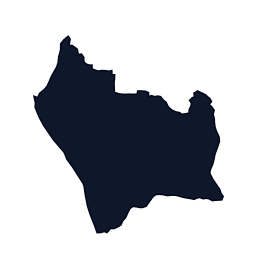 the district of Orindiúva, São Paulo, Brazil, rotated 171°
{"feature_id": "56859067B43137083464707", "entity_name": "Orindiúva", "entity_type": "district", "adm_level": 2, "iso_a3": "BRA", "parent_name": "Brazil", "parent_adm1": "São Paulo", "projection": "robinson", "projection_center": [-49.369, -20.214], "detail": "fine", "context": "isolated", "style": "filled", "palette": "ink", "viewbox_px": 256, "rotation_deg": 171, "n_neighbors": 0, "source": "geoboundaries", "source_scale": "gbopen_adm2", "svg_char_len": 1929}
<svg xmlns="http://www.w3.org/2000/svg" viewBox="0 0 256 256"><g transform="rotate(171 128 128)"><path d="M211.0,143.8L203.5,128.0L195.0,114.1L194.0,110.4L193.3,106.8L188.9,98.3L181.1,80.5L180.5,77.6L180.6,68.8L180.2,57.3L179.3,51.1L178.4,46.3L176.4,37.6L174.9,29.4L171.0,29.0L167.5,29.5L165.3,28.0L163.2,29.5L160.9,31.6L157.7,30.8L154.3,31.7L150.1,33.4L147.7,37.2L144.4,39.8L141.3,44.6L138.6,48.2L135.3,49.8L131.6,48.7L129.0,47.7L126.1,47.2L122.3,47.9L119.6,50.7L116.6,53.7L114.5,55.9L111.3,57.8L108.3,57.7L104.3,56.9L99.9,55.1L95.0,54.8L91.2,54.0L88.1,52.7L84.5,51.0L80.3,49.5L76.5,48.3L74.0,47.2L71.2,47.9L68.3,48.3L64.7,46.3L62.0,46.4L59.4,45.6L56.1,43.1L52.5,42.9L46.6,42.3L44.7,45.6L46.4,49.0L47.0,53.1L48.8,56.7L52.4,64.5L54.3,70.5L53.4,73.5L49.9,79.2L48.0,83.5L47.0,86.5L45.9,89.1L44.1,92.4L42.0,96.1L39.7,100.7L39.5,105.2L41.2,110.9L41.9,115.4L41.8,120.0L41.3,123.9L41.8,128.3L40.1,132.1L41.8,135.5L44.1,138.7L41.4,141.0L42.5,144.3L44.3,146.2L46.2,148.7L49.2,150.7L53.5,153.7L57.5,152.0L57.4,148.5L59.9,147.8L62.9,145.7L61.5,142.7L62.4,139.7L64.6,136.8L65.5,133.1L69.5,133.1L72.7,133.1L74.6,135.1L78.3,136.5L82.0,139.0L85.0,142.8L86.4,147.6L88.9,150.2L90.8,153.8L93.2,154.8L97.0,154.9L99.9,156.4L102.8,155.6L102.2,159.7L104.9,161.5L108.9,162.5L112.6,163.1L113.7,160.0L117.7,160.5L121.9,161.3L126.3,161.8L131.1,163.0L135.8,165.3L135.3,169.7L134.7,175.0L133.6,178.7L132.9,182.7L135.5,183.0L135.0,187.3L137.7,187.0L140.9,188.0L144.8,188.9L148.7,188.9L154.2,191.9L153.7,195.8L156.8,196.3L159.6,198.0L161.3,200.6L160.6,204.7L162.4,208.3L165.6,208.3L165.8,213.8L170.0,218.1L173.3,219.0L171.2,224.9L172.7,228.0L177.2,225.4L181.3,221.8L182.3,215.9L183.8,212.4L185.3,209.3L186.7,203.6L188.9,199.3L190.9,196.9L193.0,194.2L195.4,191.2L198.5,186.2L201.4,181.9L204.7,179.1L209.7,176.2L212.5,172.2L215.9,174.1L215.5,167.2L216.5,163.1L215.2,157.4L213.9,152.2L211.0,143.8Z" fill="#0f172a" stroke="#020617" stroke-width="1.5"/></g></svg>